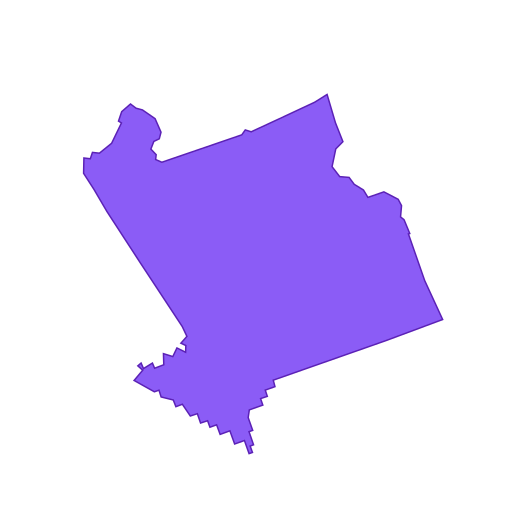 Rapides, Louisiana, United States of America, rotated 251°
{"feature_id": "52423323B78580900034992", "entity_name": "Rapides", "entity_type": "district", "adm_level": 2, "iso_a3": "USA", "parent_name": "United States of America", "parent_adm1": "Louisiana", "projection": "natural_earth1", "projection_center": [-92.555, 31.204], "detail": "fine", "context": "isolated", "style": "filled", "palette": "violet", "viewbox_px": 512, "rotation_deg": 251, "n_neighbors": 0, "source": "geoboundaries", "source_scale": "gbopen_adm2", "svg_char_len": 1325}
<svg xmlns="http://www.w3.org/2000/svg" viewBox="0 0 512 512"><g transform="rotate(251 256 256)"><path d="M178.0,100.2L160.7,115.7L160.7,120.6L153.6,120.4L146.8,130.9L139.6,131.2L139.8,138.1L126.1,141.8L126.0,149.2L116.1,149.2L116.0,156.6L109.1,156.7L109.2,163.8L99.0,164.0L99.2,174.4L85.2,174.6L85.3,185.0L71.4,185.1L71.4,188.7L78.2,188.6L78.3,192.2L92.2,192.2L92.2,196.1L105.8,196.0L112.7,199.6L112.8,213.9L119.7,213.9L119.6,221.0L126.2,221.1L126.3,231.4L133.0,231.9L133.7,351.6L135.2,411.8L177.8,407.5L227.3,407.3L227.2,408.7L242.1,407.8L245.9,405.4L256.2,410.0L263.3,408.9L275.0,397.8L275.0,380.9L283.4,379.1L291.8,372.2L300.0,369.6L303.8,361.0L315.7,357.0L331.3,366.3L335.8,375.4L356.1,374.5L385.6,375.8L382.3,361.5L377.9,320.1L375.8,299.5L375.0,291.9L378.7,286.9L375.2,282.0L375.3,197.5L379.9,192.5L384.3,194.6L391.3,191.4L397.6,196.7L398.3,202.7L404.0,206.5L418.7,205.3L431.1,196.2L434.8,190.7L440.6,186.8L436.2,176.0L428.3,169.9L425.6,172.1L409.6,156.2L404.2,141.4L407.2,135.1L401.9,131.0L404.7,125.2L390.3,119.9L371.6,124.5L346.7,129.5L288.3,144.1L287.1,144.4L213.3,163.3L202.5,164.5L198.0,156.6L194.2,160.5L187.9,158.1L194.8,151.3L188.0,144.6L193.8,136.7L183.2,133.4L182.9,123.6L188.5,123.2L186.2,113.0L192.2,112.5L190.6,108.5L184.9,111.7L178.0,100.2Z" fill="#8b5cf6" stroke="#5b21b6" stroke-width="1.5"/></g></svg>